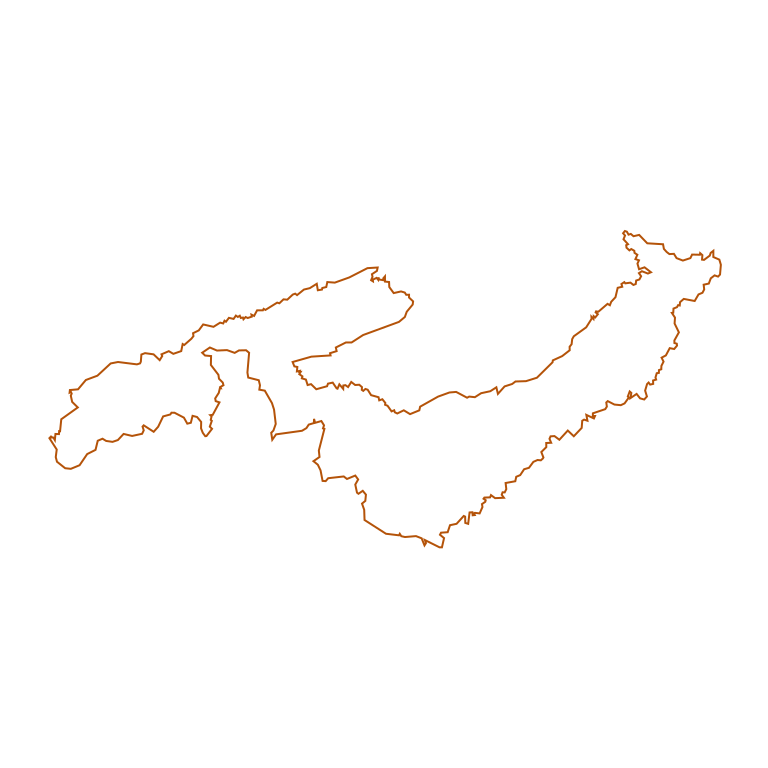 Tlaltetela, Veracruz, Mexico, rotated 182°
{"feature_id": "50627088B55726085156575", "entity_name": "Tlaltetela", "entity_type": "district", "adm_level": 2, "iso_a3": "MEX", "parent_name": "Mexico", "parent_adm1": "Veracruz", "projection": "natural_earth1", "projection_center": [-96.832, 19.284], "detail": "fine", "context": "isolated", "style": "outline", "palette": "amber", "viewbox_px": 768, "rotation_deg": 182, "n_neighbors": 0, "source": "geoboundaries", "source_scale": "gbopen_adm2", "svg_char_len": 6122}
<svg xmlns="http://www.w3.org/2000/svg" viewBox="0 0 768 768"><g transform="rotate(182 384 384)"><path d="M53.9,503.0L52.0,505.1L51.5,514.9L53.2,520.0L59.3,522.4L59.5,528.6L62.1,526.4L62.9,523.7L68.5,519.2L70.5,519.4L70.3,523.9L72.6,525.8L72.8,524.2L80.6,524.1L82.2,520.5L89.6,517.8L96.0,520.0L98.8,524.2L103.3,523.8L106.1,525.8L109.0,528.8L110.0,533.4L125.8,533.8L134.2,541.9L139.8,540.4L142.6,542.6L144.8,541.8L146.6,544.7L148.6,545.3L150.3,543.0L148.3,540.8L149.7,537.0L145.0,532.2L146.8,531.2L146.4,528.7L143.4,526.1L141.6,527.5L138.5,525.9L138.2,523.8L135.3,522.0L137.1,517.6L133.5,516.5L134.9,513.2L133.1,507.6L127.7,509.7L121.1,505.0L124.1,503.6L130.2,505.7L133.1,503.7L130.8,500.7L132.4,497.4L135.6,496.2L135.9,492.7L138.2,491.7L141.2,493.9L146.4,493.0L147.4,494.2L150.2,492.2L149.3,489.5L153.8,488.3L155.7,478.8L159.8,474.1L161.0,470.6L163.4,471.9L172.3,463.7L174.6,464.0L175.0,463.0L172.7,461.2L175.2,457.9L176.8,459.1L176.9,456.3L179.0,458.4L178.8,456.4L183.9,447.7L196.0,438.3L197.5,435.4L197.9,430.3L199.8,427.7L199.6,424.2L206.9,418.1L216.1,413.5L216.3,411.6L231.4,395.6L242.2,391.8L252.7,391.1L255.9,388.5L263.4,385.8L269.8,378.1L271.6,384.6L277.5,380.5L286.6,378.2L292.7,374.0L298.4,374.4L300.5,373.2L311.6,378.6L318.3,377.8L329.5,373.3L347.1,362.6L347.8,358.9L356.9,354.8L363.3,358.4L369.7,355.0L372.2,356.1L372.9,358.1L375.5,356.9L379.7,362.4L382.2,363.3L382.0,365.1L385.1,368.7L388.2,367.5L389.0,370.6L396.5,372.4L400.1,377.7L402.4,378.4L404.5,376.4L406.0,377.4L405.9,380.1L408.7,382.4L412.8,382.0L416.8,384.9L419.8,379.7L422.5,381.5L424.6,381.1L424.6,377.7L428.6,382.1L430.3,377.7L431.2,378.0L435.3,383.6L440.0,382.4L440.8,379.8L451.5,376.4L456.9,381.3L460.3,380.3L462.2,385.7L466.3,386.8L465.8,388.8L469.0,390.9L467.7,393.2L468.9,393.1L468.6,394.2L471.5,393.5L471.2,398.0L474.2,398.5L476.1,402.8L457.5,408.8L438.4,410.7L439.0,412.9L432.5,415.2L433.4,418.8L423.5,424.2L417.8,424.4L406.6,432.2L371.2,446.6L365.5,451.7L363.8,457.0L358.1,464.4L357.8,467.6L362.0,471.3L362.1,474.1L364.9,473.9L366.4,476.1L370.2,477.1L377.5,475.2L382.1,481.1L382.5,486.1L386.6,486.4L386.8,491.6L388.4,489.6L388.0,487.7L392.6,488.3L393.2,490.4L393.4,487.9L395.1,489.8L398.8,487.9L398.6,486.2L400.5,487.3L399.2,490.7L399.9,493.3L395.0,496.8L394.4,500.2L404.6,499.2L422.4,489.3L436.7,483.6L444.2,483.9L445.1,478.9L449.0,477.8L449.3,476.2L453.4,475.4L454.7,481.8L461.5,477.2L467.3,475.6L474.0,469.8L475.9,471.2L478.3,470.2L483.6,464.9L487.4,465.1L491.4,461.0L493.6,461.6L505.1,453.9L506.9,454.9L507.6,453.4L513.4,453.2L516.2,447.5L518.9,448.7L518.5,446.7L522.5,445.2L524.6,446.1L526.7,443.8L527.3,445.5L529.4,445.0L530.5,447.2L532.4,445.9L534.4,447.2L536.6,443.8L541.3,444.7L544.1,440.7L545.6,441.7L546.8,438.9L549.9,439.6L556.4,435.2L566.8,437.2L571.0,431.1L576.6,428.1L576.1,425.2L578.1,422.5L585.0,416.0L586.6,416.9L587.8,409.8L595.6,406.8L600.2,409.3L607.4,405.9L606.6,404.2L609.0,400.0L615.3,405.6L623.9,406.5L627.5,405.0L627.8,397.8L628.5,396.1L631.6,395.0L650.6,396.7L657.9,395.0L670.7,382.3L682.1,377.6L689.6,368.0L697.7,367.0L697.9,364.4L696.6,365.1L695.8,363.5L696.6,361.4L695.0,355.2L689.2,349.9L705.3,337.5L706.1,325.5L707.0,325.6L707.1,322.6L710.6,322.6L711.0,316.5L712.5,318.9L714.9,318.9L714.4,320.5L716.5,318.2L708.8,307.1L709.5,299.5L708.1,294.9L699.7,288.7L694.0,288.3L685.4,292.2L678.2,303.6L670.0,308.1L668.1,317.3L663.4,319.5L659.7,317.4L653.3,316.7L648.0,318.7L642.5,325.0L633.9,323.3L624.0,325.8L622.5,329.3L623.8,333.0L622.7,334.3L612.5,328.2L608.2,333.4L603.6,343.9L596.5,346.1L595.4,347.9L592.4,348.0L582.8,343.4L579.2,337.5L575.7,338.5L574.2,345.5L569.7,344.5L565.4,339.7L565.3,333.3L563.4,328.9L560.8,325.6L559.6,325.8L554.3,333.2L556.6,335.3L554.8,341.2L555.9,342.1L555.2,345.6L556.5,346.8L554.1,347.2L547.8,359.9L551.6,361.0L552.2,363.7L548.8,369.4L547.9,374.0L546.9,374.0L547.6,375.2L544.4,377.2L545.2,379.8L549.1,383.5L549.8,387.4L557.7,397.0L557.8,405.9L563.8,406.2L566.8,408.9L559.3,414.4L552.1,411.6L542.1,412.4L534.3,409.9L530.1,412.5L523.0,412.9L519.9,410.5L520.9,390.7L519.9,385.7L509.3,383.4L507.9,378.4L508.4,374.0L502.9,373.2L495.3,361.0L493.0,354.6L490.8,340.3L492.9,333.6L495.0,331.3L493.7,324.4L490.1,329.9L464.3,334.4L460.0,337.2L457.8,340.8L452.7,342.5L452.7,346.7L451.5,342.8L445.3,344.8L442.5,340.6L443.4,337.5L442.0,337.1L446.8,315.2L445.9,308.8L451.8,304.4L447.3,301.0L444.4,295.5L442.0,285.0L438.9,284.9L436.5,287.9L421.0,290.2L417.7,287.8L409.5,291.5L406.5,287.7L409.2,282.5L407.2,274.5L405.7,273.4L401.5,276.5L398.2,272.8L398.6,266.5L401.8,263.7L399.4,257.6L398.7,247.4L376.8,234.4L363.7,233.3L363.0,234.8L361.4,232.5L357.7,231.8L346.7,233.1L341.0,231.1L337.9,224.1L336.5,226.5L337.7,229.5L322.8,222.7L320.4,222.8L318.6,232.1L322.8,235.3L321.8,237.4L315.2,238.1L313.1,245.2L306.6,246.8L299.7,254.9L298.3,254.3L297.9,248.0L295.0,247.2L294.0,258.6L291.2,258.9L290.8,255.9L288.7,256.2L289.7,257.9L288.7,258.4L283.9,258.0L281.3,264.5L281.9,267.4L278.7,269.8L278.3,271.4L280.5,272.8L279.7,274.0L274.0,274.4L273.2,276.7L269.0,273.8L260.2,274.5L262.5,277.4L261.7,279.9L259.6,279.9L258.1,283.2L259.0,289.3L249.4,291.4L248.6,295.9L244.7,297.7L241.0,303.7L236.2,305.3L232.0,311.4L227.9,313.4L224.6,313.2L222.7,315.0L222.1,316.1L224.4,321.5L219.6,326.6L219.8,330.7L214.9,331.1L216.7,335.0L215.7,337.5L211.8,337.9L206.8,334.4L198.7,343.9L192.5,338.4L184.9,347.0L184.6,354.2L182.8,355.4L179.4,354.4L180.7,360.2L173.0,356.9L172.0,359.4L174.2,359.3L174.2,362.0L162.0,366.6L160.5,369.2L161.2,373.3L159.8,374.7L153.0,371.5L146.6,371.1L142.9,373.0L138.8,379.1L139.9,380.0L138.2,385.1L136.5,383.7L137.2,378.5L131.2,382.9L127.6,378.6L123.4,377.6L120.8,380.7L122.8,386.5L121.1,393.1L119.6,394.7L118.0,392.7L115.0,393.5L115.2,396.9L112.2,397.9L112.9,400.0L111.8,404.3L109.7,404.7L109.7,407.5L107.4,408.4L107.4,411.8L105.4,416.1L107.5,420.0L103.3,422.4L99.7,429.8L95.2,429.1L92.5,432.6L92.8,434.5L95.2,435.1L95.3,437.7L91.1,445.9L95.7,454.6L95.5,460.5L98.8,465.1L97.4,465.4L97.3,469.5L93.9,471.0L92.8,473.1L91.2,472.8L91.0,476.1L87.4,479.5L76.4,477.8L72.8,484.5L68.9,486.3L67.3,489.7L68.0,494.4L62.9,495.7L61.1,501.0L57.4,504.1L53.9,503.0Z" fill="none" stroke="#b45309" stroke-width="2"/></g></svg>